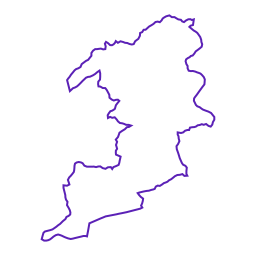 outline of Nova Iguaçu, Rio de Janeiro, Brazil
{"feature_id": "56859067B7760625819134", "entity_name": "Nova Iguaçu", "entity_type": "district", "adm_level": 2, "iso_a3": "BRA", "parent_name": "Brazil", "parent_adm1": "Rio de Janeiro", "projection": "natural_earth1", "projection_center": [-43.514, -22.696], "detail": "fine", "context": "isolated", "style": "outline", "palette": "violet", "viewbox_px": 256, "rotation_deg": 0, "n_neighbors": 0, "source": "geoboundaries", "source_scale": "gbopen_adm2", "svg_char_len": 4244}
<svg xmlns="http://www.w3.org/2000/svg" viewBox="0 0 256 256"><path d="M214.3,119.7L214.3,117.0L212.7,115.0L211.1,113.0L208.4,111.6L205.6,110.6L203.0,109.6L201.6,108.7L199.7,107.2L197.3,106.3L195.9,104.9L194.9,102.8L193.9,100.8L194.1,98.4L195.2,96.8L196.4,95.3L197.7,93.5L199.1,91.5L200.7,89.3L202.3,87.1L204.4,84.4L204.6,82.3L204.8,79.4L203.8,77.1L202.0,75.0L200.5,73.6L198.8,72.9L197.2,72.4L195.3,71.6L192.9,71.0L190.6,71.1L188.7,70.7L187.6,68.3L187.6,66.0L186.4,64.1L185.6,61.2L186.1,59.4L187.8,58.1L189.6,57.2L190.8,56.0L192.7,55.5L194.3,53.6L195.7,51.4L197.9,49.8L200.1,48.1L201.7,46.7L202.2,44.2L201.4,42.0L201.2,39.8L200.2,37.0L198.4,34.4L197.3,32.9L195.6,31.6L193.7,30.5L191.4,28.6L189.4,26.9L190.6,25.7L193.0,25.0L193.8,19.4L191.9,20.0L190.4,19.2L188.3,19.3L186.1,20.4L184.0,22.1L182.2,21.4L180.9,19.8L178.3,19.4L176.2,18.2L174.5,17.1L171.8,17.1L169.4,15.4L166.2,16.3L164.1,17.5L162.7,18.5L161.6,20.4L159.8,22.2L157.7,21.6L155.5,22.0L153.5,23.9L151.6,25.1L149.0,26.6L147.4,28.1L145.6,29.7L143.6,29.8L142.2,32.1L140.1,33.0L139.9,35.8L138.3,38.9L136.6,40.1L135.1,41.3L133.7,44.1L131.8,44.5L129.5,44.0L127.3,43.0L125.1,42.8L123.1,42.0L120.5,41.3L117.9,42.8L115.8,41.1L115.0,42.8L113.6,44.3L112.0,45.2L110.1,45.1L108.1,43.2L106.0,41.9L104.9,43.7L105.7,46.3L105.3,49.1L103.2,49.4L100.9,48.6L99.2,48.8L97.2,49.1L95.2,49.1L93.0,50.7L91.4,53.0L91.4,55.8L89.6,58.0L88.1,59.9L86.1,60.8L84.1,62.3L81.7,64.1L80.5,67.0L78.3,68.3L76.1,69.1L74.6,70.3L73.0,72.3L71.0,74.7L69.5,77.0L68.2,78.5L67.1,80.1L69.9,91.1L73.0,88.2L75.0,87.5L77.0,86.4L78.7,84.9L80.8,82.8L82.7,80.8L84.0,79.6L86.0,77.7L88.0,76.9L90.0,76.7L91.5,76.0L93.0,75.3L95.1,74.0L97.2,72.2L99.5,70.6L100.2,73.3L100.2,76.9L100.0,79.6L98.3,81.6L98.1,84.1L98.5,86.4L100.4,86.6L102.7,88.0L105.3,88.1L106.8,90.1L109.3,94.8L109.5,97.7L111.8,99.6L113.8,100.5L116.0,99.8L117.9,99.7L119.3,100.9L117.5,103.1L115.9,105.2L114.9,108.8L113.6,109.8L112.1,110.7L110.4,111.2L108.8,113.3L107.7,115.2L108.0,118.0L110.1,116.9L112.2,117.8L114.7,117.3L116.7,119.5L117.9,121.3L119.9,123.0L122.2,123.3L124.1,123.9L126.0,124.8L128.8,124.9L131.1,125.6L129.0,126.9L126.9,127.2L124.9,129.2L122.1,130.9L119.5,132.7L118.9,134.5L118.0,137.0L115.8,139.6L117.1,141.8L116.0,145.0L116.6,146.9L117.1,148.8L115.9,150.6L115.8,152.7L116.0,154.6L120.6,156.6L120.2,158.5L119.7,160.6L119.3,162.8L118.6,164.9L115.8,166.2L113.4,167.1L112.2,169.0L110.8,167.1L107.9,167.3L105.5,168.8L102.7,168.1L100.3,166.4L98.2,166.5L96.1,167.1L93.8,166.6L91.4,166.7L89.4,166.7L87.0,166.7L84.4,165.7L82.6,163.2L80.9,162.4L78.7,162.0L76.6,162.5L75.0,163.6L74.5,165.8L74.4,167.9L74.2,170.1L73.8,172.0L72.2,174.1L70.7,175.9L69.2,177.4L67.9,179.9L68.8,182.5L69.4,184.5L67.0,185.7L63.5,185.3L63.5,187.9L64.4,191.5L65.3,195.1L65.4,197.3L66.0,199.6L67.5,201.8L67.0,205.1L68.7,208.0L69.8,210.2L70.4,212.5L70.2,214.5L68.6,215.9L66.5,216.9L65.4,219.1L62.9,221.1L61.6,222.4L60.1,223.9L58.2,225.2L56.4,226.7L54.4,228.1L52.5,229.4L50.0,230.2L47.6,230.8L44.9,231.5L43.5,232.8L42.6,235.8L41.7,239.2L44.1,240.6L46.3,240.6L48.2,240.2L50.0,239.4L51.6,238.2L53.5,236.6L55.7,235.2L58.1,234.5L60.2,235.1L62.0,235.8L63.6,236.6L65.4,237.4L68.1,238.4L70.7,239.0L72.9,238.6L74.8,238.1L77.3,237.5L79.8,236.9L81.5,236.5L83.4,236.0L85.4,236.0L87.0,236.4L87.6,233.2L88.0,231.2L89.4,223.3L101.2,218.2L103.0,217.5L105.6,216.4L116.5,214.3L118.6,213.8L121.7,213.2L126.5,212.2L140.1,208.7L142.3,207.6L141.1,205.6L142.1,203.5L142.8,200.9L143.1,198.6L140.8,196.9L139.0,194.9L137.7,193.1L139.3,192.5L141.1,192.1L143.1,191.6L145.1,191.2L146.8,190.9L148.9,190.7L151.3,189.9L153.1,189.5L154.7,188.9L155.8,186.6L157.7,185.6L159.8,185.9L161.9,184.6L163.9,183.1L165.7,182.5L167.5,181.7L169.0,180.3L171.2,179.2L173.1,177.7L174.9,176.2L177.3,175.0L179.9,174.8L182.4,174.1L184.4,175.9L187.3,175.7L186.4,173.9L186.4,171.1L186.8,167.6L185.4,165.8L183.1,164.7L181.9,163.0L180.7,160.3L179.7,158.0L179.0,155.6L178.1,152.8L176.8,149.2L176.5,146.2L178.1,144.0L179.4,141.1L178.7,138.5L178.5,136.2L177.7,134.6L177.7,132.4L181.0,133.0L183.2,132.4L185.1,130.7L187.4,130.0L189.1,130.0L190.0,127.6L192.3,127.2L194.2,127.1L195.9,126.6L197.7,125.3L199.7,125.0L201.8,124.2L203.7,124.8L206.1,124.0L208.5,125.9L210.7,126.6L212.3,124.6L212.9,122.1L214.3,119.7Z" fill="none" stroke="#5b21b6" stroke-width="2"/></svg>